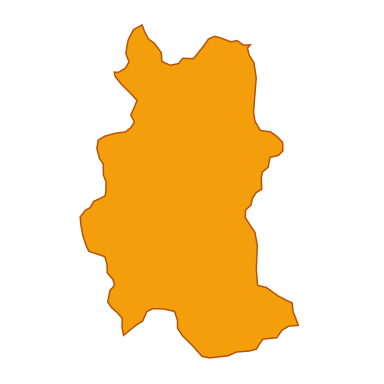 outline of Växjö, Kronoberg, Sweden, rotated 182°
{"feature_id": "70781695B32930756633279", "entity_name": "Växjö", "entity_type": "district", "adm_level": 2, "iso_a3": "SWE", "parent_name": "Sweden", "parent_adm1": "Kronoberg", "projection": "albers", "projection_center": [14.91, 56.945], "detail": "fine", "context": "isolated", "style": "filled", "palette": "amber", "viewbox_px": 384, "rotation_deg": 182, "n_neighbors": 0, "source": "geoboundaries", "source_scale": "gbopen_adm2", "svg_char_len": 1659}
<svg xmlns="http://www.w3.org/2000/svg" viewBox="0 0 384 384"><g transform="rotate(182 192 192)"><path d="M138.9,341.1L145.5,340.5L152.4,344.9L158.3,343.4L168.6,346.9L175.0,348.4L180.9,345.4L185.3,338.6L195.2,325.3L206.0,325.3L209.9,319.9L218.2,317.9L226.6,321.4L227.6,330.2L231.0,334.6L235.0,339.5L240.9,343.4L244.8,350.3L247.8,357.2L256.1,352.3L261.0,341.9L262.0,336.5L262.9,328.1L259.5,319.8L262.9,313.4L269.8,309.0L273.9,309.0L272.7,304.6L266.8,297.7L257.4,288.9L250.1,281.6L253.5,272.3L255.9,266.9L252.0,260.0L255.4,254.1L260.7,249.7L270.0,248.2L281.3,244.7L287.6,240.5L288.6,232.0L285.6,222.2L281.7,216.9L281.1,205.7L278.2,199.3L278.1,191.0L278.6,185.2L283.0,182.7L289.8,179.3L293.2,172.9L298.0,170.0L302.9,163.1L301.9,155.3L299.4,144.1L295.4,133.5L293.0,129.1L281.3,125.7L276.9,124.3L274.4,117.0L273.9,108.3L268.1,102.0L266.1,96.1L270.5,90.8L272.4,79.1L268.5,73.8L262.1,68.5L257.3,63.2L257.2,54.0L255.4,46.3L248.2,52.7L243.0,57.1L236.8,61.3L232.9,71.0L226.9,74.1L216.0,74.1L205.3,72.0L202.1,63.4L201.7,55.2L196.4,47.9L187.1,39.4L176.1,28.0L170.2,27.1L168.4,26.8L150.1,29.6L142.0,33.6L128.6,35.2L122.1,37.2L119.3,42.5L116.0,47.4L108.3,48.5L102.2,49.3L97.3,57.0L90.3,61.5L82.2,62.2L81.1,62.5L83.6,68.5L86.8,75.9L88.1,84.7L93.7,87.0L102.4,91.2L114.4,99.2L123.2,101.0L125.0,116.3L124.9,140.9L127.7,153.9L131.8,159.5L137.9,168.4L137.8,175.8L132.7,180.9L131.3,187.9L128.0,193.5L122.4,197.2L123.3,208.8L122.3,214.4L116.7,219.5L115.3,229.3L106.9,231.6L102.7,236.2L103.1,244.6L108.7,250.2L115.7,254.9L125.9,255.9L131.5,264.8L133.3,274.1L131.8,308.3L134.6,323.3L139.7,330.8L141.6,337.8L138.9,341.1Z" fill="#f59e0b" stroke="#b45309" stroke-width="1.5"/></g></svg>